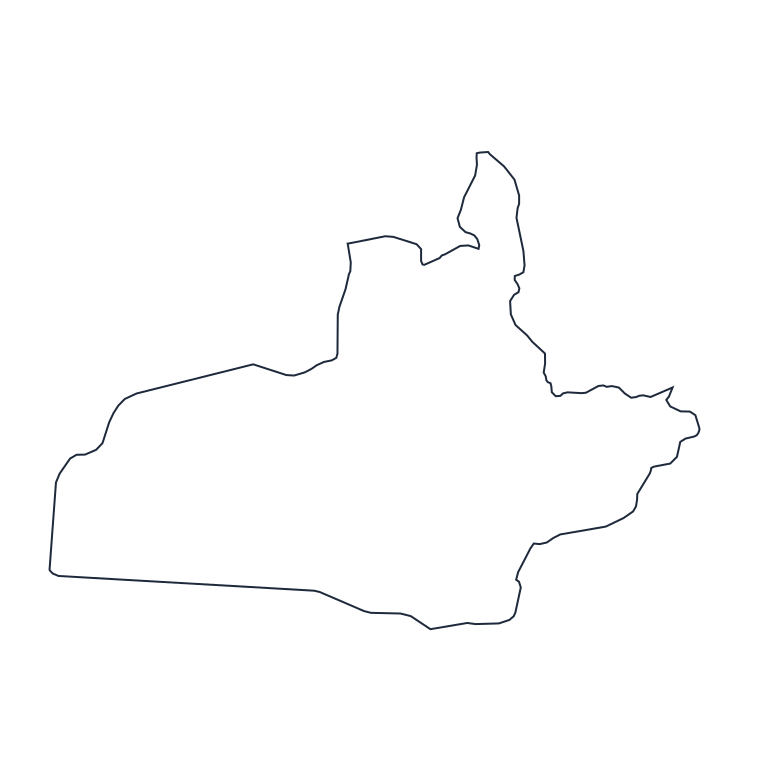 the border of Esfahan, rotated 185°
{"feature_id": "IRN-3211", "entity_name": "Esfahan", "entity_type": "Province", "adm_level": 1, "iso_a3": "IRN", "parent_name": "Iran", "parent_adm1": "", "projection": "mercator", "projection_center": [51.611, 32.657], "detail": "fine", "context": "isolated", "style": "outline", "palette": "slate", "viewbox_px": 768, "rotation_deg": 185, "n_neighbors": 0, "source": "natural_earth", "source_scale": "10m", "svg_char_len": 2071}
<svg xmlns="http://www.w3.org/2000/svg" viewBox="0 0 768 768"><g transform="rotate(185 384 384)"><path d="M124.7,278.8L133.6,271.4L150.6,261.3L195.3,249.5L202.0,245.3L208.0,240.3L214.8,238.1L220.9,238.1L223.8,233.0L234.0,208.2L235.3,200.5L232.3,198.8L230.0,193.2L233.2,167.8L234.5,164.0L238.5,159.9L248.7,155.5L271.9,152.8L280.2,153.2L316.4,143.8L337.1,155.1L347.6,156.8L377.0,154.9L384.3,156.1L430.0,171.2L435.5,172.0L691.5,164.4L697.4,166.3L700.0,168.5L701.0,169.8L702.2,257.3L699.3,266.5L690.2,282.4L684.1,286.7L675.7,287.6L665.1,293.3L659.3,300.5L654.4,322.0L650.9,331.5L646.8,339.3L640.9,346.5L629.6,353.0L516.0,392.2L482.1,384.4L474.3,384.6L463.9,388.7L457.5,392.8L452.7,396.8L445.8,400.7L438.1,403.0L433.8,405.9L433.0,410.1L436.1,449.1L435.1,457.2L430.6,475.0L428.5,490.3L427.4,493.4L427.7,502.2L432.4,520.7L432.2,520.7L395.6,531.3L387.6,531.4L363.7,526.1L358.8,521.6L357.8,509.9L356.1,506.5L354.3,506.2L339.6,514.3L337.6,517.1L334.5,518.5L320.1,528.2L312.0,529.4L301.6,526.9L301.2,530.6L303.7,536.5L307.0,539.9L311.2,541.5L316.0,542.4L322.1,547.1L325.2,555.6L322.6,564.2L320.5,577.0L311.4,599.6L310.5,610.5L311.6,617.9L311.7,622.0L308.7,622.9L300.5,624.2L298.4,622.0L283.3,611.2L271.8,598.9L265.8,583.5L265.1,575.2L266.2,570.9L266.5,561.1L256.7,528.6L254.3,514.3L254.9,507.5L258.6,504.9L263.1,503.0L262.9,499.1L259.6,495.0L257.5,491.1L258.0,487.2L262.2,484.2L265.6,477.6L263.7,464.4L258.1,454.2L245.6,444.8L240.0,439.0L226.3,428.4L225.3,418.5L225.9,409.3L223.5,405.6L222.6,401.9L221.0,400.1L218.2,399.3L217.1,396.2L216.1,390.4L211.8,386.8L207.2,387.6L204.9,390.2L200.4,391.7L186.3,392.1L182.1,392.9L170.2,400.7L165.3,401.7L162.0,400.6L156.7,401.8L149.7,400.9L143.2,395.5L136.6,391.9L131.9,392.9L128.5,394.6L124.7,395.3L117.3,394.3L96.2,405.7L99.1,396.2L101.4,392.7L96.9,386.6L86.2,382.6L76.9,383.2L71.1,380.1L65.9,367.2L65.8,365.9L66.5,362.9L67.9,360.3L70.4,358.7L78.9,355.9L83.8,352.2L85.8,337.0L91.9,329.7L107.9,325.2L110.4,323.7L110.6,321.3L111.3,318.3L122.1,296.5L121.8,290.9L122.3,284.0L124.7,278.8Z" fill="none" stroke="#1e293b" stroke-width="2"/></g></svg>